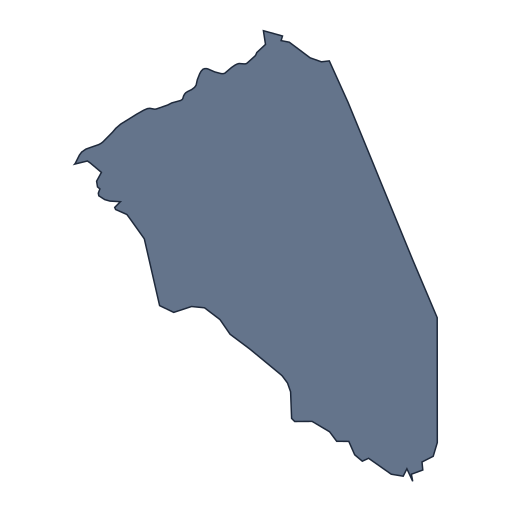 Burlington, New Jersey, United States of America
{"feature_id": "52423323B76403507103928", "entity_name": "Burlington", "entity_type": "district", "adm_level": 2, "iso_a3": "USA", "parent_name": "United States of America", "parent_adm1": "New Jersey", "projection": "orthographic", "projection_center": [-74.789, 39.861], "detail": "fine", "context": "isolated", "style": "filled", "palette": "slate", "viewbox_px": 512, "rotation_deg": 0, "n_neighbors": 0, "source": "geoboundaries", "source_scale": "gbopen_adm2", "svg_char_len": 1467}
<svg xmlns="http://www.w3.org/2000/svg" viewBox="0 0 512 512"><path d="M256.8,52.5L256.7,52.8L255.8,54.9L255.1,55.9L247.0,63.2L245.8,63.8L244.2,63.9L239.1,63.5L237.2,64.0L235.0,65.1L231.5,67.5L224.7,73.3L223.0,73.7L221.1,73.6L214.7,71.9L208.1,69.0L206.6,68.6L206.2,68.6L204.8,68.6L203.0,69.2L201.1,71.2L199.7,73.7L197.3,79.8L196.1,85.2L194.5,87.4L191.6,89.6L187.5,91.6L185.7,92.8L184.6,94.1L184.1,95.0L183.6,95.9L182.8,98.6L182.2,99.5L180.6,100.5L171.8,102.9L167.7,105.0L156.2,109.0L154.7,109.2L149.9,108.3L147.4,108.6L143.7,110.2L137.1,113.9L121.0,123.9L120.8,124.0L115.8,128.3L112.6,132.1L102.8,142.0L101.1,143.3L98.7,144.6L90.9,147.3L85.9,149.1L81.9,151.9L81.7,152.0L79.4,155.1L75.2,163.5L74.7,164.1L87.4,161.0L90.4,163.1L101.4,172.4L96.6,181.2L97.5,186.9L99.9,188.9L98.3,193.2L98.8,195.8L104.7,199.6L110.0,201.1L120.4,201.7L114.7,207.4L115.6,209.5L126.9,214.5L130.0,218.7L144.3,238.8L159.6,305.6L173.7,312.4L191.6,306.5L204.5,307.8L220.0,319.6L230.1,334.3L249.5,348.8L256.2,354.3L281.4,375.1L282.3,376.0L287.5,383.0L290.6,391.8L291.6,418.4L294.7,421.5L312.1,421.4L329.6,431.8L336.7,441.3L348.8,441.4L354.7,454.8L362.3,461.2L368.6,458.3L391.2,474.2L403.2,476.2L406.9,468.8L412.7,481.3L411.4,474.2L422.8,470.0L422.0,462.0L433.2,456.3L437.3,442.6L437.2,317.7L412.8,260.1L378.7,177.1L373.5,164.3L348.1,102.5L329.3,60.9L321.4,61.8L310.1,57.8L289.3,42.2L281.1,40.6L282.5,36.0L263.4,30.7L265.5,44.4L256.8,52.5Z" fill="#64748b" stroke="#1e293b" stroke-width="1.5"/></svg>